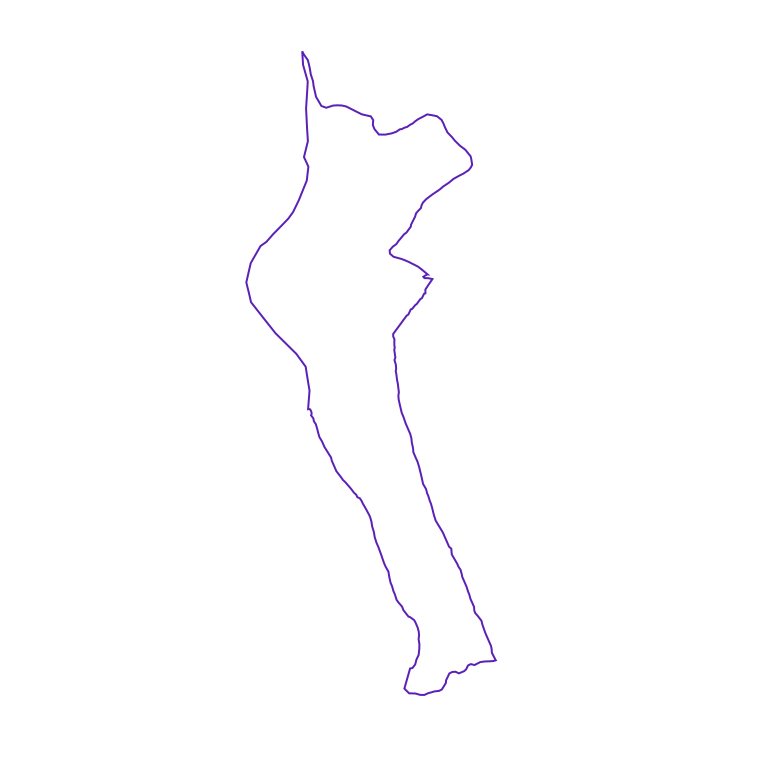 the district of Ibi, Taraba, Nigeria, rotated 118°
{"feature_id": "59680162B80393484388201", "entity_name": "Ibi", "entity_type": "district", "adm_level": 2, "iso_a3": "NGA", "parent_name": "Nigeria", "parent_adm1": "Taraba", "projection": "robinson", "projection_center": [9.855, 8.395], "detail": "fine", "context": "isolated", "style": "outline", "palette": "violet", "viewbox_px": 768, "rotation_deg": 118, "n_neighbors": 0, "source": "geoboundaries", "source_scale": "gbopen_adm2", "svg_char_len": 4306}
<svg xmlns="http://www.w3.org/2000/svg" viewBox="0 0 768 768"><g transform="rotate(118 384 384)"><path d="M575.5,155.6L571.0,162.1L570.7,162.5L567.4,164.6L565.0,166.6L560.2,172.7L557.8,175.7L556.2,177.7L550.6,183.8L547.3,186.8L546.2,189.2L545.0,191.8L543.6,195.4L543.5,195.7L541.9,197.7L540.7,198.5L538.6,199.8L536.2,202.8L534.6,204.9L533.9,205.8L533.0,206.9L529.8,209.9L528.2,211.9L524.2,216.0L522.6,218.0L520.2,221.0L517.8,224.1L515.4,226.1L512.1,229.2L510.6,232.1L508.2,235.2L505.8,239.1L502.7,244.1L497.8,247.3L497.1,250.2L494.7,253.2L493.5,254.7L493.4,254.8L492.3,256.2L489.9,259.3L487.5,262.3L485.1,266.3L480.4,274.2L476.4,278.3L470.7,283.4L467.5,286.5L465.9,288.5L461.9,292.5L460.3,294.6L458.9,295.8L457.0,297.6L453.9,302.6L451.4,304.7L446.6,308.8L443.3,311.8L440.9,313.9L436.9,317.9L434.5,321.0L432.1,324.0L430.5,326.0L430.4,326.1L427.2,328.1L422.3,332.2L419.9,333.8L419.1,334.3L415.8,337.4L413.4,340.4L410.2,344.4L408.6,346.4L403.8,351.5L401.4,354.5L400.7,355.2L396.7,358.7L395.7,359.6L390.9,363.7L387.6,365.8L384.3,367.0L381.6,368.9L376.9,372.2L374.5,374.2L372.7,375.5L368.7,378.3L367.3,379.6L364.7,380.5L361.4,382.6L357.9,386.0L355.3,386.4L349.0,391.0L347.0,391.5L344.2,393.5L339.6,395.8L337.8,398.1L335.5,399.4L324.1,397.7L321.5,397.3L320.7,397.2L319.1,397.0L315.9,396.5L313.1,396.1L311.2,395.1L309.3,395.2L305.5,395.4L304.5,394.4L299.8,393.5L297.8,392.6L292.1,391.8L290.2,390.8L285.5,391.0L284.5,390.0L281.2,391.8L275.5,391.3L269.6,390.6L268.6,390.5L268.9,391.6L270.0,395.1L271.5,398.0L270.9,399.6L268.9,398.5L267.0,397.3L266.8,396.9L265.4,403.3L264.4,409.1L264.5,414.2L264.6,420.0L265.3,427.0L267.2,435.3L266.1,439.9L263.3,441.8L258.7,440.7L254.7,438.8L250.7,438.3L242.2,436.5L239.9,435.3L235.8,434.7L232.5,434.2L230.8,434.9L226.8,435.0L221.7,435.1L218.3,435.8L215.4,435.2L211.4,434.0L208.6,434.7L205.8,434.8L201.2,433.6L197.2,431.8L193.2,429.9L186.3,426.2L181.7,424.4L176.0,421.3L170.2,418.9L164.5,415.2L161.0,412.7L155.3,409.6L151.9,409.0L149.0,409.1L144.6,412.4L142.3,414.4L140.7,418.2L139.0,422.1L138.0,428.6L135.9,435.7L134.2,439.6L132.1,446.0L128.8,450.6L126.0,453.9L123.8,457.1L122.7,462.9L123.5,465.7L124.0,467.4L125.7,472.5L129.0,474.6L131.6,476.4L134.2,478.2L137.6,479.9L140.2,480.8L142.8,482.6L146.2,484.3L148.0,486.2L150.6,488.0L150.8,488.3L151.6,489.5L152.7,490.1L155.7,491.7L159.1,494.9L163.2,499.9L166.1,505.6L163.4,512.1L160.6,515.4L156.1,517.4L153.9,521.3L156.3,530.2L156.5,537.3L156.5,538.6L156.7,547.6L157.9,552.0L159.7,555.8L162.0,559.6L167.2,564.7L167.9,569.8L162.3,578.9L158.4,582.2L153.9,586.1L150.0,588.8L145.0,594.0L140.5,597.4L136.6,600.7L133.8,603.3L130.5,609.8L128.6,612.4L140.2,605.3L152.6,593.4L159.5,590.2L177.4,582.1L195.3,571.4L205.3,565.2L221.2,561.2L227.6,552.8L240.6,547.7L261.5,545.5L274.8,545.0L282.8,546.1L291.9,548.7L303.7,552.2L313.8,554.6L320.1,557.8L335.6,558.3L339.9,558.4L350.0,555.7L354.0,554.6L358.8,553.3L360.4,552.0L361.5,551.0L366.6,546.4L374.2,539.8L382.0,522.2L390.1,503.7L398.6,475.4L405.5,461.3L408.8,458.8L412.8,455.8L415.6,453.7L424.9,446.6L428.6,445.0L440.5,439.8L441.9,439.2L441.1,437.9L441.1,437.2L442.4,435.4L443.5,434.4L444.0,434.1L445.1,433.7L445.9,433.7L447.5,430.3L449.9,428.3L451.5,425.3L454.7,422.2L458.0,419.2L461.2,416.1L463.6,412.1L465.1,410.1L467.5,407.1L471.5,400.2L473.8,396.2L476.2,394.1L477.8,392.1L483.3,385.2L486.5,378.1L488.0,375.2L488.8,372.2L490.3,368.3L491.8,364.4L494.1,359.4L494.8,356.5L496.4,354.5L496.3,351.6L497.9,348.6L499.5,346.6L502.6,341.6L506.6,335.6L508.2,333.6L511.4,330.5L513.4,329.0L515.5,327.4L519.5,323.4L523.6,320.3L527.6,316.2L530.8,312.2L537.2,305.1L538.1,304.2L542.0,300.0L544.4,297.0L547.6,292.0L551.7,288.9L556.5,284.8L558.9,281.8L562.2,278.7L564.6,275.7L568.6,271.6L570.1,268.7L572.1,263.5L574.5,260.8L577.9,253.2L577.6,251.3L578.3,246.6L579.2,245.1L580.0,244.0L583.2,240.0L586.4,237.0L589.7,234.9L593.0,233.7L597.1,230.6L601.2,228.5L607.0,226.2L612.0,226.0L617.0,224.8L621.3,225.5L623.0,227.4L643.4,223.0L645.3,216.6L642.5,210.9L641.5,206.1L639.6,202.4L636.1,199.7L634.4,197.8L631.7,195.1L629.1,191.3L626.5,189.5L618.9,189.0L616.4,190.1L613.0,190.2L608.9,190.4L606.3,188.6L604.5,185.8L604.3,182.0L599.9,178.4L597.4,177.5L593.2,177.7L590.6,175.9L589.6,172.1L587.0,170.3L584.4,168.5L581.7,164.8L579.0,160.1L577.2,157.3L575.5,155.6Z" fill="none" stroke="#5b21b6" stroke-width="2"/></g></svg>